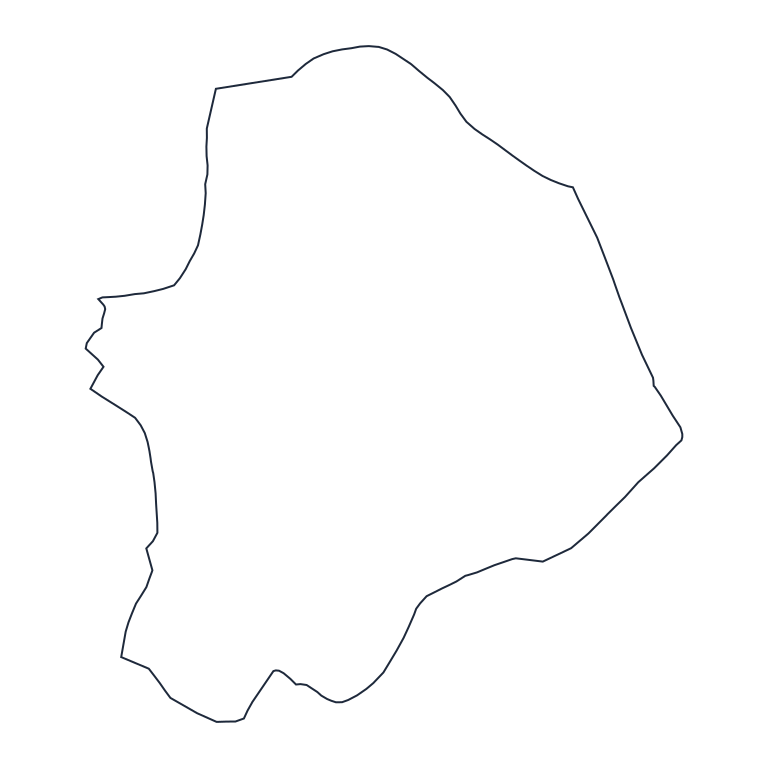 the district of Mabyan, Hajjah, Yemen
{"feature_id": "15242507B90557781353206", "entity_name": "Mabyan", "entity_type": "district", "adm_level": 2, "iso_a3": "YEM", "parent_name": "Yemen", "parent_adm1": "Hajjah", "projection": "albers", "projection_center": [43.541, 15.755], "detail": "fine", "context": "isolated", "style": "outline", "palette": "slate", "viewbox_px": 768, "rotation_deg": 0, "n_neighbors": 0, "source": "geoboundaries", "source_scale": "gbopen_adm2", "svg_char_len": 2570}
<svg xmlns="http://www.w3.org/2000/svg" viewBox="0 0 768 768"><path d="M153.2,473.0L154.5,482.1L155.6,493.4L156.1,503.8L156.3,507.1L156.7,513.3L157.3,522.9L157.4,532.8L152.9,541.2L146.3,548.4L152.4,570.3L151.8,572.1L149.4,578.5L146.4,587.1L141.2,595.5L136.0,603.6L132.0,613.3L128.5,622.3L125.7,631.6L121.2,657.1L148.8,668.7L154.2,675.7L159.8,683.1L165.0,690.6L170.4,697.9L197.1,713.2L216.6,721.9L216.9,721.9L226.3,721.6L235.5,721.5L243.9,718.5L247.6,710.5L252.0,702.7L252.1,702.4L273.4,671.1L275.8,670.4L279.0,670.7L283.6,673.2L289.1,677.8L290.5,679.0L296.0,684.5L300.5,684.1L306.6,685.0L312.1,688.6L317.3,692.0L321.3,695.6L327.1,699.0L331.4,700.8L336.0,702.3L342.1,702.2L348.2,700.0L357.0,695.4L366.4,688.9L373.4,683.0L374.8,681.5L383.4,672.5L389.4,662.6L396.6,650.6L403.6,637.9L408.7,626.9L414.1,614.5L416.2,608.7L420.1,603.4L426.6,596.2L434.0,592.5L442.1,588.4L448.5,585.4L456.4,581.5L465.3,575.8L468.0,575.1L477.0,572.4L482.0,570.3L486.1,568.6L494.4,565.2L503.5,562.1L512.2,559.1L515.8,558.3L524.1,559.3L542.8,561.6L571.1,548.2L588.4,533.5L606.9,514.9L607.1,514.6L616.3,505.5L625.0,497.0L638.3,482.2L645.1,476.2L654.1,468.3L667.1,455.3L676.2,445.1L681.4,440.4L682.2,437.5L682.3,437.1L682.3,434.0L680.4,427.3L672.7,415.6L660.9,395.8L654.8,386.9L653.7,385.9L653.4,380.7L653.0,377.7L642.0,354.8L630.9,327.8L621.5,302.7L619.5,297.5L619.4,297.2L614.8,284.1L613.2,279.4L604.8,257.4L597.2,237.7L578.1,198.9L572.9,187.3L568.0,186.3L558.8,183.2L550.6,179.9L542.6,176.0L534.4,170.9L526.7,165.7L519.6,160.7L512.5,155.6L505.1,150.1L498.0,144.8L489.8,139.2L482.3,134.4L474.6,129.0L466.4,121.8L460.4,113.6L455.7,105.8L449.7,97.0L442.8,90.0L434.6,83.3L427.5,77.9L419.2,71.1L411.2,64.2L403.7,59.2L395.7,53.9L387.1,49.5L378.7,46.9L377.1,46.8L368.8,46.1L359.9,46.6L351.4,48.2L342.2,49.4L332.6,51.3L323.6,54.2L313.6,58.5L305.7,64.0L298.0,70.5L291.6,76.8L215.9,88.8L206.8,128.6L206.9,137.9L206.4,146.6L206.6,156.1L207.6,165.4L207.4,174.4L205.2,184.2L205.7,193.2L204.9,204.6L203.7,215.1L202.2,224.6L200.4,234.3L198.0,245.3L194.2,253.4L189.7,261.2L188.5,263.6L185.7,269.2L179.9,278.2L174.1,285.3L163.2,288.9L154.3,291.1L143.9,293.3L134.8,294.1L124.6,295.8L115.8,296.7L108.6,297.1L102.4,297.4L98.3,299.1L103.3,304.6L104.6,306.5L105.2,309.1L104.1,313.4L102.5,318.5L101.8,324.6L101.5,328.0L94.1,332.7L86.8,343.1L85.7,348.6L97.9,359.6L103.5,366.8L97.7,375.2L90.4,388.8L101.8,396.6L109.8,401.6L118.4,407.0L127.2,412.6L135.1,417.8L140.7,425.3L144.8,433.1L147.6,442.0L148.7,447.3L149.5,451.4L150.6,458.5L151.0,461.7L152.7,471.3L153.2,473.0Z" fill="none" stroke="#1e293b" stroke-width="2"/></svg>